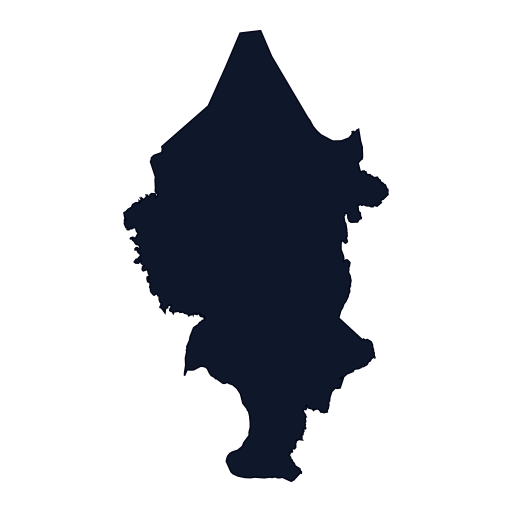 Mpulungu, Northern, Zambia
{"feature_id": "96606910B10449137451116", "entity_name": "Mpulungu", "entity_type": "district", "adm_level": 2, "iso_a3": "ZMB", "parent_name": "Zambia", "parent_adm1": "Northern", "projection": "equal_earth", "projection_center": [30.995, -8.984], "detail": "fine", "context": "isolated", "style": "filled", "palette": "ink", "viewbox_px": 512, "rotation_deg": 0, "n_neighbors": 0, "source": "geoboundaries", "source_scale": "gbopen_adm2", "svg_char_len": 6128}
<svg xmlns="http://www.w3.org/2000/svg" viewBox="0 0 512 512"><path d="M301.3,473.2L301.4,471.8L300.2,470.6L300.0,468.9L295.2,465.9L294.2,463.3L293.1,462.4L291.9,459.8L290.9,459.2L290.7,457.7L289.2,455.1L290.0,453.9L289.4,453.0L290.6,452.7L291.2,451.7L292.1,452.1L292.5,451.5L292.3,450.7L291.6,450.5L291.9,449.3L293.7,448.5L294.5,448.9L295.7,447.3L295.6,443.3L296.1,442.4L296.3,440.1L297.6,440.4L299.1,438.9L299.8,439.6L302.4,439.9L301.6,438.7L302.1,437.1L300.9,435.3L301.5,434.5L302.1,435.1L303.0,434.6L303.0,432.7L303.7,431.7L303.4,430.9L303.8,430.8L303.4,429.4L304.0,428.7L305.2,429.0L305.8,428.0L304.9,426.8L305.4,424.5L304.8,423.1L305.7,421.7L305.2,418.0L305.7,417.0L306.2,416.9L305.4,415.5L305.4,414.6L304.3,413.4L303.1,410.9L303.4,409.3L305.8,409.6L306.6,408.3L306.2,405.5L306.7,405.3L308.8,408.1L312.2,408.9L313.6,410.5L314.2,409.7L317.5,408.8L319.3,409.8L321.0,412.2L321.8,411.8L323.6,412.7L327.4,411.9L327.1,410.4L328.1,408.7L328.9,404.9L328.5,402.5L329.6,401.0L329.8,397.7L331.7,391.7L335.2,388.0L337.1,388.4L340.1,388.0L343.3,378.3L340.1,378.6L340.5,377.9L344.1,376.5L347.0,373.9L353.0,371.5L354.0,369.7L355.3,369.0L358.7,368.6L360.9,367.6L361.6,366.7L363.2,366.7L365.7,365.4L367.2,364.3L368.3,362.0L370.3,360.8L371.1,359.1L372.7,357.6L373.2,357.3L374.7,357.9L374.9,357.9L375.0,357.8L374.1,354.9L374.2,352.8L373.6,352.1L373.4,349.1L372.7,347.6L372.5,344.8L371.2,341.8L367.4,339.5L365.6,340.1L363.4,339.0L362.9,339.8L362.1,339.6L338.7,318.0L340.8,310.5L342.5,307.9L343.9,303.8L345.7,301.7L348.3,296.1L348.4,294.6L349.7,291.8L349.4,288.1L350.5,285.8L350.3,284.1L351.0,280.8L350.0,275.5L348.8,273.4L348.4,271.3L348.8,270.0L348.6,267.2L349.2,266.8L350.0,262.6L347.5,260.0L346.2,259.9L343.6,261.3L343.8,258.8L343.4,255.9L341.0,249.5L341.0,243.5L341.6,240.6L343.5,241.4L345.3,243.2L346.7,242.5L347.4,241.3L346.2,237.8L347.2,236.1L346.8,233.8L347.2,233.1L346.5,231.1L346.8,230.2L345.8,223.7L344.7,222.1L343.8,216.5L344.8,215.0L344.9,213.4L346.5,213.3L347.6,213.9L348.0,218.4L348.8,219.7L349.1,221.1L351.1,222.2L357.6,222.0L359.2,219.2L361.2,218.6L361.3,217.6L360.5,216.0L360.3,212.9L359.3,212.3L358.4,210.7L358.1,207.2L357.5,205.8L360.8,204.3L361.8,205.4L363.6,204.6L366.3,205.8L369.4,205.9L370.9,206.7L373.1,206.7L374.7,204.9L375.9,205.1L375.8,205.8L377.0,206.2L381.4,202.5L380.5,201.0L381.5,199.8L383.1,199.3L388.1,194.4L387.7,192.9L388.0,190.3L387.7,189.2L386.8,188.7L385.3,184.9L384.2,184.6L383.2,183.3L381.7,183.5L381.9,182.5L380.9,182.2L379.8,179.8L379.1,179.9L377.4,177.2L374.5,177.7L372.1,176.5L371.8,175.9L370.7,176.3L370.2,174.7L367.3,174.6L366.3,173.3L365.9,171.8L365.0,171.8L364.2,170.9L362.1,171.2L361.5,172.2L360.2,171.4L358.1,163.0L360.2,160.4L362.2,158.9L362.5,156.7L362.2,147.0L360.5,140.9L358.6,129.2L356.9,130.1L355.1,132.4L354.2,132.5L353.8,131.4L352.2,131.7L352.5,132.5L351.9,134.7L349.0,138.0L341.3,140.9L333.5,141.1L331.9,140.7L320.9,134.8L316.5,130.7L313.0,126.4L309.7,120.2L308.0,118.1L271.6,56.4L260.6,30.7L240.1,33.1L225.7,67.1L208.3,105.9L161.8,146.6L162.4,149.5L161.7,152.6L153.9,155.4L151.4,157.9L151.3,159.6L150.5,161.7L155.5,177.0L155.1,179.8L155.5,188.2L155.2,190.9L155.6,192.0L157.5,194.1L157.6,195.3L155.9,197.6L155.0,193.8L151.4,193.6L150.0,194.9L149.9,196.0L149.2,196.5L147.8,196.4L147.6,195.2L146.2,195.0L146.6,196.0L146.4,196.7L143.8,199.8L142.4,199.3L142.7,198.8L141.6,198.0L141.8,199.3L140.8,198.7L141.2,199.5L140.7,201.2L140.2,201.7L139.2,200.8L139.4,202.4L138.9,201.9L138.3,203.0L136.1,202.6L132.8,204.4L131.4,207.4L128.2,209.2L126.0,211.6L123.9,212.8L124.9,218.2L126.0,218.7L126.2,219.4L125.3,220.6L124.4,219.2L124.6,222.2L124.3,223.7L126.0,227.6L127.1,227.4L127.1,229.5L127.5,229.7L129.0,229.7L130.8,228.4L131.8,228.8L134.1,227.4L135.7,228.1L136.6,231.6L138.3,232.9L135.6,237.9L134.8,238.2L132.7,237.2L130.7,237.9L130.3,238.5L130.9,239.1L132.2,238.6L132.6,240.1L134.0,241.3L135.5,243.7L136.5,244.5L138.3,244.7L140.2,247.2L139.1,249.0L137.4,247.6L136.1,247.7L135.0,248.7L135.1,250.0L137.0,249.9L138.1,252.5L140.0,253.9L140.6,256.4L139.2,257.1L139.4,257.7L138.5,257.9L137.9,259.0L136.1,259.3L134.2,261.9L135.6,263.1L138.4,263.2L140.9,260.7L141.2,263.3L144.2,265.8L142.5,266.9L142.2,269.5L142.6,270.4L143.2,270.9L146.9,269.6L147.8,270.5L148.3,273.4L149.3,275.1L149.1,277.9L149.4,278.9L148.9,279.4L148.1,278.4L147.9,276.7L147.2,277.0L147.0,278.5L147.6,281.6L149.5,282.5L150.1,283.4L150.1,285.8L149.7,287.0L150.4,288.6L150.5,290.6L151.1,292.2L153.7,295.1L154.4,295.1L155.8,293.9L157.4,294.3L157.9,295.8L159.1,295.8L159.3,300.1L160.1,302.2L161.1,302.9L160.8,305.9L160.0,306.7L160.0,307.5L161.5,308.0L165.0,312.9L165.3,309.8L166.0,308.1L167.6,307.8L167.8,306.3L168.6,305.1L170.9,305.7L171.2,305.2L171.6,306.3L169.9,309.0L169.7,310.6L171.0,311.4L171.9,311.3L173.3,313.6L174.0,311.9L178.9,311.2L180.0,312.4L183.3,312.0L184.4,313.2L187.7,314.0L188.8,315.9L190.4,314.8L191.4,314.8L191.9,314.1L192.7,314.2L193.1,315.0L193.3,313.8L194.8,314.1L195.1,313.4L195.3,314.0L196.1,314.3L197.0,313.8L197.2,314.3L197.7,313.6L198.9,314.0L199.4,313.5L199.6,314.1L200.0,313.6L200.5,314.1L200.8,315.0L200.4,315.4L200.9,315.5L200.5,316.2L201.4,316.7L202.0,316.4L202.9,316.9L203.1,316.2L204.3,316.2L204.3,316.8L205.0,316.9L205.0,317.7L204.6,317.6L204.1,318.6L204.5,319.0L204.2,320.0L202.4,320.4L200.4,322.4L199.7,322.4L197.7,325.3L196.3,325.6L195.4,327.1L194.9,326.8L193.6,327.8L190.2,336.5L189.5,340.5L186.7,346.8L187.1,348.3L186.3,350.4L186.9,351.0L185.4,358.0L185.7,365.3L184.5,373.1L184.5,375.7L186.8,370.5L187.9,369.5L189.3,370.0L193.5,369.9L200.4,366.3L202.8,366.3L205.7,367.1L207.4,368.6L209.3,372.7L211.2,375.5L214.5,377.3L215.6,378.7L216.5,378.6L223.0,383.3L225.1,383.3L227.3,382.2L228.6,383.3L232.7,384.7L237.1,388.5L240.5,393.8L242.9,403.3L247.0,408.6L247.5,410.3L248.6,411.3L249.7,416.2L250.3,422.8L250.3,427.5L249.1,432.2L249.2,435.4L243.8,442.7L242.6,445.9L241.4,447.3L237.6,450.3L232.4,452.0L230.1,453.3L228.0,455.7L227.1,457.7L226.3,461.3L231.0,471.8L233.1,473.8L238.3,476.1L245.2,477.5L250.6,477.7L254.4,477.1L264.5,477.8L269.7,477.1L272.1,477.5L274.8,476.8L278.3,477.9L282.5,477.3L291.3,481.3L293.9,479.8L300.2,472.9L301.3,473.2Z" fill="#0f172a" stroke="#020617" stroke-width="1.5"/></svg>